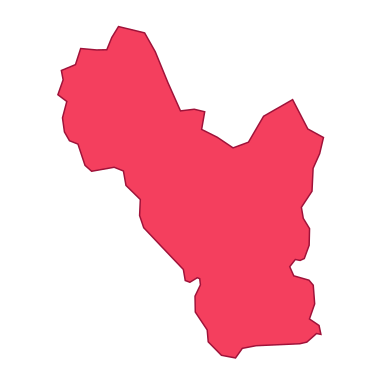 an SVG outline of Cheshire East, rotated 89°
{"feature_id": "GBR-5706", "entity_name": "Cheshire East", "entity_type": "Unitary Authority", "adm_level": 1, "iso_a3": "GBR", "parent_name": "United Kingdom", "parent_adm1": "", "projection": "robinson", "projection_center": [-2.299, 53.164], "detail": "fine", "context": "isolated", "style": "filled", "palette": "rose", "viewbox_px": 384, "rotation_deg": 89, "n_neighbors": 0, "source": "natural_earth", "source_scale": "10m", "svg_char_len": 1031}
<svg xmlns="http://www.w3.org/2000/svg" viewBox="0 0 384 384"><g transform="rotate(89 192 192)"><path d="M336.6,65.6L335.7,70.0L344.1,79.8L345.6,86.8L346.8,130.6L349.2,144.4L358.7,151.4L355.8,165.4L342.1,178.4L330.2,179.2L312.1,190.8L296.2,190.8L285.0,185.2L278.8,185.8L277.8,188.2L282.2,195.7L280.4,200.3L269.3,202.0L246.8,222.7L228.3,239.6L226.9,240.9L214.6,244.8L198.6,243.8L184.3,257.9L169.8,260.2L165.9,269.4L169.5,292.0L163.5,298.5L142.1,305.2L138.6,313.6L129.7,318.5L115.6,320.2L99.3,315.6L92.4,324.4L77.6,318.9L68.2,320.5L62.6,306.3L46.6,300.8L48.3,285.0L48.3,274.7L36.1,269.5L25.3,262.6L32.1,236.6L51.1,226.3L82.2,214.2L110.7,202.1L109.3,188.3L112.0,177.9L129.6,181.3L137.7,165.8L148.6,150.2L143.2,134.7L117.5,119.1L101.4,89.8L131.0,75.1L137.2,64.2L139.8,59.6L155.9,63.7L170.4,70.5L193.3,72.0L209.2,82.9L220.3,81.2L230.7,75.1L247.3,75.8L260.5,80.9L262.3,85.1L261.3,89.9L268.4,95.6L277.6,91.7L282.2,76.6L287.3,72.4L306.0,71.3L321.0,76.8L327.7,67.3L336.6,65.6Z" fill="#f43f5e" stroke="#9f1239" stroke-width="1.5"/></g></svg>